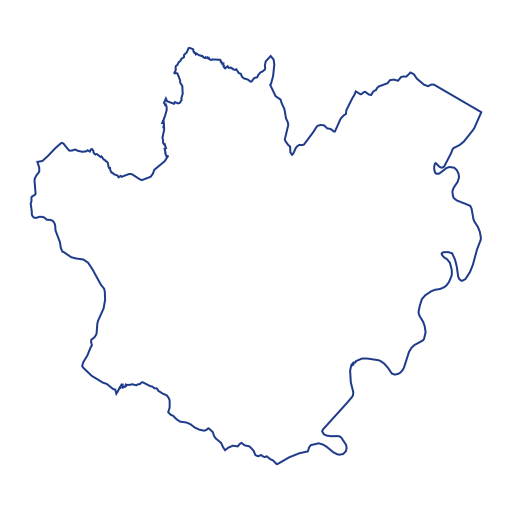 the district of Roldanillo, Valle del Cauca, Colombia
{"feature_id": "7082276B62857285064431", "entity_name": "Roldanillo", "entity_type": "district", "adm_level": 2, "iso_a3": "COL", "parent_name": "Colombia", "parent_adm1": "Valle del Cauca", "projection": "equal_earth", "projection_center": [-76.188, 4.442], "detail": "fine", "context": "isolated", "style": "outline", "palette": "blue", "viewbox_px": 512, "rotation_deg": 0, "n_neighbors": 0, "source": "geoboundaries", "source_scale": "gbopen_adm2", "svg_char_len": 5931}
<svg xmlns="http://www.w3.org/2000/svg" viewBox="0 0 512 512"><path d="M307.8,451.4L309.2,447.2L310.9,445.1L318.8,443.3L323.3,444.7L326.8,446.9L333.2,452.2L337.3,454.3L339.6,454.7L343.2,454.0L345.9,451.1L346.6,448.0L346.1,444.9L341.2,437.5L339.6,436.4L337.8,436.1L330.8,436.2L326.7,435.6L323.9,434.3L322.1,431.3L323.0,429.4L346.3,403.7L352.2,396.8L353.0,395.2L353.3,392.4L350.8,382.3L350.1,370.6L351.3,365.3L351.9,364.4L352.5,364.9L352.8,364.1L353.4,364.3L353.5,363.7L353.0,363.5L353.3,362.6L355.3,362.5L355.8,361.2L362.1,358.5L367.0,358.5L377.9,360.1L380.1,360.8L384.0,363.4L387.8,367.6L391.8,373.5L394.6,374.6L398.2,373.9L400.5,372.5L402.7,370.0L404.0,367.5L409.0,351.9L411.5,347.8L414.5,345.0L422.9,340.4L424.0,339.0L425.6,332.2L424.7,326.3L423.2,321.9L419.7,316.2L418.7,313.5L418.6,311.5L419.8,305.7L421.9,299.1L425.3,295.2L431.2,291.3L434.9,289.8L440.1,289.0L444.2,287.2L446.5,285.4L448.9,282.2L451.5,276.1L451.9,273.3L451.7,269.6L449.9,262.7L447.0,259.2L444.1,257.4L442.3,255.4L441.6,253.8L441.9,253.0L443.7,252.2L448.2,252.1L452.1,253.3L455.0,259.6L456.7,266.3L458.2,276.5L459.0,278.7L461.1,280.7L462.5,280.7L465.4,279.1L470.0,272.0L472.9,264.7L477.0,249.5L480.7,239.9L480.9,237.7L479.8,231.8L477.9,227.0L474.4,221.5L473.5,219.5L471.6,208.8L470.2,205.8L456.7,200.4L453.7,197.9L453.0,196.1L452.4,192.0L452.8,189.9L453.8,187.5L457.6,181.9L459.0,177.4L458.6,173.9L456.8,170.1L454.2,167.7L449.5,167.0L446.5,168.0L439.4,173.5L436.8,173.9L435.6,173.2L434.8,171.8L434.2,168.9L434.2,166.7L434.9,163.8L435.7,163.1L439.5,166.8L441.0,167.5L442.1,167.7L444.1,166.6L451.0,153.4L452.5,149.5L453.5,148.1L459.5,145.1L463.8,141.6L472.5,130.7L474.3,128.1L481.3,112.2L433.9,84.6L431.2,84.6L428.1,86.2L424.0,84.7L416.8,78.6L413.8,74.2L410.5,72.5L406.3,76.6L403.4,76.5L401.0,77.1L398.1,80.7L393.8,79.6L389.9,80.2L387.6,83.2L378.7,86.5L377.2,87.9L375.8,90.2L374.6,90.6L372.8,92.1L371.2,95.0L368.8,94.5L365.2,91.8L363.8,92.2L361.3,94.2L360.3,94.2L355.8,91.4L354.1,95.4L352.7,97.5L346.4,110.1L345.9,114.0L343.7,115.4L340.7,118.6L334.9,131.5L333.9,131.5L330.5,128.9L327.2,128.4L324.0,125.3L320.7,125.0L317.8,125.7L316.6,126.8L313.5,131.8L303.9,144.6L302.1,145.1L299.3,144.9L297.1,146.4L295.9,147.8L293.2,153.7L292.0,154.8L290.4,152.4L290.1,146.5L288.2,145.0L285.3,140.9L284.8,139.5L288.3,124.8L287.8,122.3L286.0,118.3L284.4,109.1L281.6,103.0L280.6,99.6L275.6,96.2L270.2,84.9L271.0,83.8L273.1,76.1L274.3,64.5L273.6,59.6L270.7,56.0L265.7,61.4L264.9,65.2L265.2,68.7L264.7,69.7L262.5,71.5L260.5,72.4L258.2,75.1L257.2,77.3L254.4,77.9L251.5,81.5L250.5,81.6L247.7,79.5L244.2,78.5L242.5,77.3L241.6,76.0L240.9,73.8L238.8,73.1L236.3,69.3L235.0,69.9L233.1,69.3L232.4,68.4L231.2,68.3L230.7,67.5L228.9,67.9L227.6,66.4L227.2,67.1L226.5,66.9L225.3,68.4L224.8,68.3L223.5,66.3L223.9,65.5L223.2,64.8L223.4,63.4L221.9,63.6L221.5,61.9L220.7,61.8L220.6,60.2L220.2,59.8L212.3,59.4L211.1,60.0L208.9,58.9L208.8,57.9L207.9,58.2L207.5,57.3L205.9,58.0L205.4,57.3L204.5,57.9L203.3,57.2L202.4,55.9L201.4,56.1L200.6,55.5L199.2,55.3L196.6,53.6L195.8,54.3L195.4,53.0L194.5,53.0L194.0,51.8L193.4,51.5L193.4,50.1L192.9,49.1L189.5,47.9L188.5,48.2L186.8,52.3L184.0,55.0L184.0,57.1L181.3,58.9L180.4,60.9L178.7,62.2L177.4,64.9L176.0,65.9L175.5,67.2L175.8,69.0L175.5,70.9L174.3,72.8L174.8,73.4L175.6,73.0L177.4,73.4L180.0,80.0L180.3,82.9L182.3,86.0L182.7,93.7L181.3,98.5L181.7,99.9L179.6,103.0L178.0,103.4L174.9,102.1L174.0,103.8L167.0,101.2L165.9,98.5L164.0,102.8L164.5,103.0L165.1,105.0L165.9,104.6L166.6,107.0L166.7,110.0L164.8,116.7L164.0,118.2L163.6,121.0L163.0,120.8L162.2,123.1L163.9,123.2L164.0,126.8L163.4,126.8L163.4,127.4L164.1,127.4L164.2,129.5L162.5,137.6L163.1,141.1L163.1,143.0L164.1,144.4L164.7,144.1L166.0,148.2L164.6,148.7L165.5,152.7L165.2,153.0L166.4,156.3L167.5,156.5L168.4,155.5L164.6,161.3L154.3,169.8L152.9,173.7L150.6,176.8L141.9,180.1L139.8,179.3L132.1,174.3L130.4,174.0L128.7,174.1L121.7,176.8L120.7,175.9L118.6,177.3L117.6,175.6L113.9,174.2L112.4,172.7L111.4,172.6L110.2,169.8L110.0,167.9L109.1,168.0L108.6,167.0L107.8,162.8L106.6,161.4L105.7,161.2L105.1,160.2L103.7,159.5L101.5,156.4L100.6,157.0L97.2,154.3L96.2,154.0L95.5,154.5L94.6,154.0L93.5,152.4L93.4,150.9L92.0,149.1L91.1,149.2L89.8,151.6L87.6,150.3L86.3,151.3L82.5,151.8L77.7,150.8L75.2,149.5L72.2,150.5L69.9,150.7L69.2,150.5L67.3,148.4L63.5,143.6L62.1,142.9L60.9,143.3L55.4,148.1L48.1,155.8L42.4,161.0L37.4,161.9L39.2,167.5L39.3,170.9L38.8,172.3L36.4,175.4L34.8,178.5L34.5,180.7L35.6,193.6L35.1,194.7L31.9,196.6L31.4,197.7L31.5,200.9L30.7,203.7L31.8,211.7L31.8,214.4L32.3,215.8L33.6,217.4L34.6,217.8L36.6,217.8L39.3,216.8L42.7,216.9L44.6,217.7L46.6,219.7L50.3,219.9L52.7,220.8L54.4,223.0L55.2,225.6L55.5,230.4L60.0,242.4L60.8,247.9L62.5,251.7L63.6,252.0L71.2,257.2L75.7,258.4L83.3,259.5L88.0,262.6L92.1,268.7L101.0,284.9L104.1,288.7L104.8,291.6L105.1,299.8L103.6,308.4L98.0,320.9L97.3,323.9L96.6,333.4L95.9,335.1L94.1,337.7L91.3,339.7L91.1,342.1L91.9,345.2L90.6,347.5L87.3,355.6L83.4,362.0L82.3,365.4L82.3,366.5L83.4,367.9L91.8,375.9L102.8,382.6L106.7,383.9L113.1,389.0L115.3,389.7L116.3,393.5L117.2,391.6L117.2,392.4L117.5,392.0L119.8,387.3L120.3,387.7L121.5,384.5L122.7,384.5L122.7,387.6L125.0,386.8L125.8,384.7L126.4,385.3L126.5,384.9L130.5,384.8L132.0,384.2L136.3,385.3L137.9,384.3L139.7,384.2L141.3,382.7L142.5,382.2L150.4,386.2L152.3,386.6L154.6,388.3L157.0,388.5L158.4,390.9L163.1,393.8L166.6,395.2L168.4,397.5L169.5,399.9L169.7,401.8L169.6,407.8L168.2,412.2L170.7,414.8L173.0,415.7L176.6,419.3L180.0,421.6L186.4,422.5L190.4,424.2L194.7,427.5L199.1,429.6L204.2,430.7L206.4,429.9L208.3,428.3L209.4,428.9L212.8,432.1L214.1,436.1L215.8,438.5L221.0,442.8L223.1,447.3L225.1,450.2L228.4,447.6L232.9,445.7L237.8,446.4L239.7,444.0L241.5,442.9L244.6,445.3L249.5,446.4L253.7,450.8L255.2,454.7L256.3,455.6L258.5,456.2L261.1,455.0L262.9,456.4L264.8,457.1L266.7,456.3L270.2,459.1L273.0,460.4L276.7,464.1L277.4,464.1L289.2,457.3L299.2,453.3L307.8,451.4Z" fill="none" stroke="#1e3a8a" stroke-width="2"/></svg>